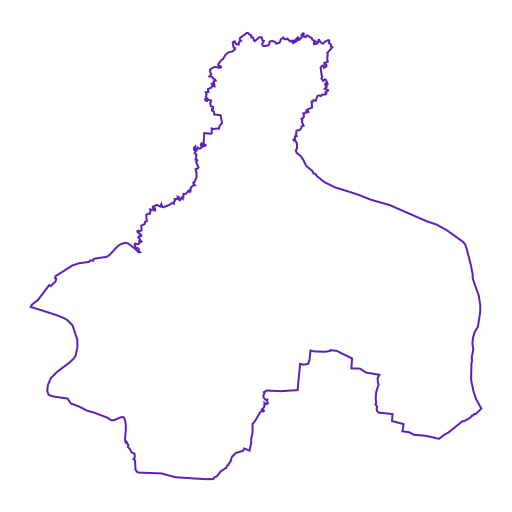 Si Narong, Surin, Thailand
{"feature_id": "78962969B85026049699572", "entity_name": "Si Narong", "entity_type": "district", "adm_level": 2, "iso_a3": "THA", "parent_name": "Thailand", "parent_adm1": "Surin", "projection": "robinson", "projection_center": [103.876, 14.794], "detail": "fine", "context": "isolated", "style": "outline", "palette": "violet", "viewbox_px": 512, "rotation_deg": 0, "n_neighbors": 0, "source": "geoboundaries", "source_scale": "gbopen_adm2", "svg_char_len": 5929}
<svg xmlns="http://www.w3.org/2000/svg" viewBox="0 0 512 512"><path d="M471.7,357.5L473.3,349.5L472.4,343.4L473.1,337.4L474.6,332.2L477.9,326.7L480.1,312.9L480.3,305.6L478.8,295.8L472.8,278.8L472.6,274.1L470.8,264.8L466.6,248.6L465.3,244.8L463.4,242.1L446.6,230.1L436.4,224.5L427.2,221.5L389.8,205.1L370.7,199.7L358.3,194.7L334.7,187.2L324.2,182.0L317.2,176.4L315.4,173.9L313.5,173.4L312.5,171.1L306.2,165.9L303.4,160.0L300.6,156.0L296.7,152.9L295.8,150.6L297.0,148.1L296.9,143.2L295.5,141.0L293.8,140.5L293.4,139.6L295.1,139.0L294.9,136.7L296.7,136.0L295.7,134.9L296.4,133.5L296.2,131.2L297.4,130.3L299.6,130.2L301.1,128.5L301.6,126.4L303.6,125.7L301.8,121.7L302.3,120.2L301.4,118.8L302.8,118.2L304.0,116.5L303.4,113.4L304.4,113.6L306.3,111.5L307.0,111.6L307.0,112.4L308.4,111.9L306.9,109.8L312.1,107.5L311.6,101.5L312.7,101.7L313.5,100.1L315.7,100.8L317.4,96.0L319.3,95.4L320.9,96.1L322.2,94.5L325.6,94.5L326.4,93.4L325.5,92.2L328.1,90.6L328.0,90.0L324.7,88.7L326.7,86.7L325.3,85.3L325.3,83.6L325.8,83.3L326.7,85.1L327.7,84.1L325.9,79.9L324.6,79.3L323.2,80.9L321.4,78.5L322.3,76.3L321.6,75.2L320.6,67.5L322.3,65.6L323.2,65.7L324.0,67.8L326.5,66.3L326.3,64.6L324.8,64.7L324.2,63.0L327.8,61.7L327.2,58.8L327.8,54.1L327.2,53.0L332.4,47.2L331.0,46.5L330.9,44.4L329.0,43.1L329.2,40.5L328.3,40.0L324.9,41.7L322.8,43.7L320.5,42.3L319.1,39.9L318.6,39.9L317.6,43.4L314.1,44.2L313.9,42.6L315.7,41.5L312.2,39.6L312.0,38.4L307.3,35.5L306.5,35.5L305.7,37.1L304.3,36.8L303.2,34.9L303.8,33.6L303.1,33.3L301.4,35.2L301.9,37.1L299.4,39.9L298.2,39.9L298.3,37.5L297.9,37.3L295.6,39.8L295.9,40.5L297.0,40.2L296.9,41.1L292.9,43.1L292.3,42.1L294.3,40.6L290.9,40.7L289.8,41.3L287.6,38.7L286.6,39.3L284.5,39.2L283.4,37.5L280.7,39.4L280.2,41.7L279.1,42.9L276.2,43.6L275.0,41.9L272.0,40.8L269.5,41.8L269.4,44.1L268.0,45.5L263.7,46.1L262.5,45.4L262.1,44.0L263.9,41.0L262.4,40.1L261.6,37.2L259.0,37.4L254.8,41.2L253.8,40.2L253.2,37.7L251.3,37.4L251.5,36.2L250.7,34.8L249.7,34.8L248.2,33.1L246.9,32.9L239.9,38.0L239.7,39.7L241.0,40.8L238.9,42.2L238.7,44.6L236.2,44.2L234.5,41.3L232.7,42.4L233.6,47.5L235.1,48.1L234.9,49.3L232.5,51.4L228.2,52.5L225.4,54.9L223.0,59.0L221.2,60.2L218.2,64.2L218.3,65.2L220.9,66.5L220.9,67.4L219.8,67.7L214.6,66.9L210.2,69.4L210.2,72.2L211.2,74.2L209.4,76.3L212.3,77.0L213.0,78.4L215.0,79.4L215.7,80.6L213.6,81.3L214.0,83.1L211.7,83.7L212.3,84.8L214.4,84.9L214.5,86.4L212.4,85.7L211.3,87.6L208.0,89.1L208.3,92.0L205.8,92.2L206.6,94.7L205.8,96.8L207.4,98.7L205.4,99.0L205.0,99.8L206.4,101.0L207.1,101.0L207.8,99.7L210.8,100.4L211.1,101.4L210.1,103.3L210.9,106.1L213.1,107.0L213.0,108.8L212.0,109.1L211.9,110.5L213.8,111.6L214.3,114.5L220.6,115.2L222.0,123.1L219.7,125.6L218.8,128.8L216.4,128.5L213.6,129.1L211.7,128.4L211.7,132.9L211.2,133.8L204.3,133.0L203.6,143.7L205.6,145.0L205.3,145.8L202.9,146.4L202.4,144.1L201.6,143.3L200.8,144.4L201.7,147.2L200.2,148.6L199.1,148.6L197.7,147.5L196.8,150.0L195.4,148.7L195.3,146.5L194.1,147.7L194.0,149.6L195.6,151.3L194.6,153.2L196.5,154.6L195.6,159.6L197.0,159.7L197.3,160.4L196.1,162.1L198.5,167.3L197.5,168.7L195.9,168.8L195.5,169.4L196.4,172.7L196.6,177.3L194.5,182.0L193.2,182.7L194.8,185.2L193.6,185.1L190.8,187.5L190.4,191.6L189.7,191.9L189.6,190.6L188.9,190.3L185.8,193.9L183.5,193.9L183.4,197.3L182.5,197.5L182.6,198.6L181.5,197.7L180.2,200.3L179.3,199.9L178.8,197.1L177.6,196.6L177.6,198.5L177.0,199.2L174.7,199.1L174.8,201.1L174.0,201.8L174.0,203.6L171.7,203.2L169.3,204.9L163.2,207.3L162.2,206.8L161.4,204.1L160.3,206.6L157.0,204.9L152.7,206.7L153.1,208.2L155.0,208.4L155.1,210.4L150.2,209.4L150.5,211.0L149.9,213.8L148.0,213.7L146.2,215.0L146.8,221.2L145.1,221.8L144.6,224.1L141.2,225.7L141.6,229.6L141.2,230.5L140.0,231.3L138.3,230.6L137.4,231.1L137.7,232.2L141.3,235.2L141.2,236.0L138.9,236.4L138.2,237.3L140.1,239.4L139.8,240.4L141.5,241.4L141.0,242.0L139.2,241.7L139.3,243.5L138.7,244.0L137.5,244.3L135.3,243.5L134.7,244.1L135.5,247.5L138.6,248.7L139.0,251.3L139.9,252.1L138.7,252.3L134.3,248.1L128.0,243.4L124.8,242.9L121.7,243.8L118.2,245.7L109.3,255.2L106.4,256.9L97.0,258.2L93.8,259.0L93.0,260.8L90.3,260.3L89.0,261.9L78.7,263.3L72.5,265.4L55.5,276.2L55.0,278.0L56.3,278.7L55.6,281.3L50.7,286.1L49.2,285.1L38.0,299.9L32.0,304.6L30.7,306.9L55.6,314.8L64.0,318.1L67.6,320.3L72.5,325.3L77.3,339.6L77.4,347.2L75.7,355.4L73.6,358.7L69.4,362.6L57.2,371.8L50.8,378.2L47.9,385.1L47.4,389.1L47.3,391.3L48.7,394.9L53.3,396.5L67.4,398.5L70.9,403.5L79.2,406.6L87.6,410.9L93.6,412.4L106.9,417.5L111.4,420.3L114.0,420.2L120.9,417.2L123.4,417.1L124.7,418.9L125.7,423.7L125.9,429.5L125.0,439.1L125.5,442.3L126.1,442.8L126.5,442.0L127.2,442.9L127.0,443.5L128.4,445.1L127.8,446.9L130.2,449.4L131.6,452.4L134.5,453.7L134.8,457.2L133.6,459.3L134.6,459.6L135.1,461.9L135.5,469.7L137.2,472.0L138.8,472.6L161.3,473.4L175.2,477.2L204.1,479.1L213.3,479.1L214.2,477.6L216.9,476.2L220.7,471.4L226.6,467.5L227.1,465.6L228.6,464.8L228.8,463.5L230.3,462.1L232.0,456.7L235.9,453.0L243.2,450.7L244.3,448.5L249.6,450.6L251.3,441.9L251.1,439.3L252.6,432.2L252.5,424.0L255.1,420.9L260.4,411.9L262.2,410.9L263.3,411.5L263.9,411.0L263.6,410.1L262.0,410.2L261.7,409.6L264.3,406.9L264.4,402.9L265.8,404.3L267.9,403.4L267.2,402.4L267.3,399.5L265.7,399.8L263.4,397.3L263.5,395.3L264.5,393.1L263.9,392.2L266.8,390.5L280.7,391.2L297.6,390.1L300.1,363.9L303.4,364.7L308.1,363.9L309.6,359.6L310.5,350.5L314.1,351.4L325.1,351.8L330.3,350.9L330.6,350.1L336.8,350.9L352.1,358.5L351.4,368.4L359.9,368.6L365.9,372.5L379.4,374.8L377.6,378.1L377.9,383.0L378.6,384.3L376.2,392.1L375.7,398.4L376.2,402.8L375.4,404.3L377.1,406.5L376.6,408.9L377.1,410.9L378.5,412.5L392.5,414.1L392.0,421.1L403.6,424.1L402.4,431.3L409.0,432.2L414.1,434.8L425.8,435.8L439.0,438.8L444.2,434.8L448.7,432.3L462.6,421.1L464.0,421.2L470.2,417.8L471.8,415.7L472.7,415.7L474.4,413.9L475.7,414.1L481.3,408.6L476.0,398.9L473.4,391.0L471.5,381.9L471.1,379.2L471.4,363.3L472.1,361.0L471.7,357.5Z" fill="none" stroke="#5b21b6" stroke-width="2"/></svg>